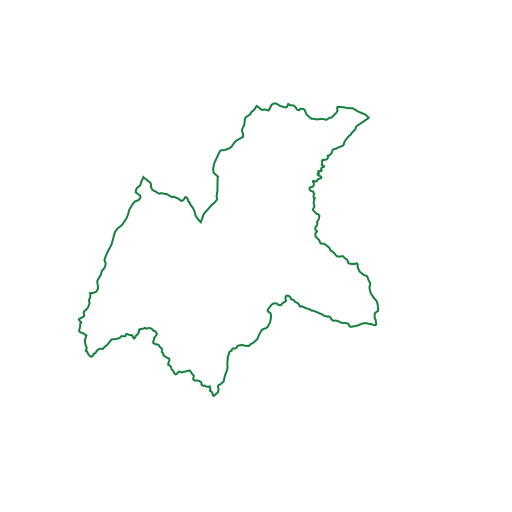 outline of Than To, Yala, Thailand, rotated 306°
{"feature_id": "78962969B74905002065974", "entity_name": "Than To", "entity_type": "district", "adm_level": 2, "iso_a3": "THA", "parent_name": "Thailand", "parent_adm1": "Yala", "projection": "mercator", "projection_center": [101.258, 6.055], "detail": "fine", "context": "isolated", "style": "outline", "palette": "green", "viewbox_px": 512, "rotation_deg": 306, "n_neighbors": 0, "source": "geoboundaries", "source_scale": "gbopen_adm2", "svg_char_len": 6137}
<svg xmlns="http://www.w3.org/2000/svg" viewBox="0 0 512 512"><g transform="rotate(306 256 256)"><path d="M128.4,143.6L126.3,145.5L124.1,146.4L122.3,146.7L119.8,149.2L115.7,150.3L112.8,150.2L110.8,149.6L109.6,149.5L108.8,150.0L106.5,152.3L104.4,151.6L101.3,150.0L100.5,150.0L99.7,152.1L99.6,153.7L97.3,153.8L96.2,154.9L91.6,156.8L91.2,157.3L91.0,159.0L91.7,160.6L92.1,165.5L87.3,167.0L84.2,169.9L82.5,172.7L81.1,173.6L79.4,173.9L79.1,174.5L79.4,175.6L78.2,177.5L77.3,180.7L77.7,182.0L78.7,182.4L79.9,182.7L81.4,182.1L82.6,183.0L86.8,183.1L88.1,183.4L89.9,185.1L91.0,186.8L93.5,186.9L96.6,187.9L103.5,188.2L107.9,192.8L109.7,193.9L112.1,194.2L113.7,196.8L114.4,197.5L116.2,196.8L116.9,197.1L118.0,200.7L119.0,202.1L118.9,203.0L117.5,205.1L117.5,205.8L119.0,206.2L120.5,205.7L124.4,206.4L124.9,206.3L125.3,205.6L127.7,205.4L127.6,204.9L128.2,204.8L131.4,207.9L132.5,208.3L132.9,210.2L134.9,211.7L135.7,213.8L135.7,215.0L135.2,217.2L135.8,218.4L135.8,219.5L134.8,221.5L133.2,221.9L129.7,221.7L128.7,222.6L126.1,223.2L125.3,223.9L125.2,224.8L126.0,227.7L126.7,228.5L126.8,229.6L126.1,230.9L125.7,234.3L123.0,236.3L122.6,238.2L121.2,239.6L121.4,244.1L122.0,246.1L120.8,247.3L118.4,247.9L116.5,248.8L116.3,249.3L116.7,250.4L116.3,252.3L114.7,254.4L114.4,256.5L112.9,259.4L113.0,260.5L113.8,261.1L117.3,261.6L118.1,264.2L124.5,269.7L122.9,274.2L122.6,276.0L121.9,276.5L119.7,277.3L119.2,278.2L119.3,279.7L121.3,282.5L121.7,285.4L121.5,286.2L119.8,287.6L119.7,289.5L120.9,290.3L121.2,292.6L122.1,294.3L123.3,295.2L121.7,297.2L119.9,298.0L120.1,299.8L119.1,301.9L117.9,302.9L118.1,304.1L123.1,305.3L125.7,304.5L127.7,302.3L128.9,301.5L131.5,302.6L135.5,303.6L140.8,301.2L147.2,299.5L149.5,298.2L153.1,295.3L157.1,293.1L158.0,292.2L159.8,292.1L162.3,290.9L163.7,291.1L165.0,292.0L166.3,291.3L167.7,291.7L168.3,293.0L169.5,293.8L170.8,294.3L172.0,293.8L173.4,294.4L174.1,295.5L176.3,297.3L176.4,299.0L178.9,303.0L181.8,303.6L184.4,304.9L188.1,305.7L189.5,305.9L194.1,304.8L198.1,304.2L199.8,304.3L201.1,304.8L203.7,306.6L205.2,307.1L210.7,306.4L216.0,303.8L218.3,301.3L218.2,298.4L218.9,297.3L220.3,297.1L225.8,297.2L228.3,298.3L229.8,300.8L229.7,303.4L230.6,304.8L231.8,305.2L233.3,305.2L237.4,306.7L239.1,304.6L240.5,304.0L241.8,303.9L242.9,305.6L242.9,307.3L242.6,308.5L241.8,309.4L241.7,310.0L242.5,312.2L241.9,314.5L242.4,317.4L242.1,319.0L241.0,321.2L241.2,321.8L242.3,322.5L242.3,323.6L242.9,324.8L242.7,325.9L244.4,330.6L244.5,333.1L245.2,333.9L246.4,338.4L247.1,341.8L247.7,343.5L247.5,345.3L248.7,349.1L250.0,350.4L250.0,352.5L249.1,354.2L249.0,356.5L250.8,358.6L251.7,361.2L251.8,362.7L252.4,364.8L254.2,367.3L255.3,370.1L255.3,370.9L254.1,373.0L254.2,373.9L255.0,375.0L259.5,379.1L262.9,381.1L265.2,383.0L266.6,384.9L267.2,386.8L268.4,388.5L269.5,392.3L270.3,393.3L271.3,393.4L271.8,393.1L274.7,390.3L275.7,388.3L279.3,385.8L280.3,385.9L283.3,387.0L284.7,386.3L285.3,385.5L287.8,383.4L289.9,381.0L290.4,380.0L291.6,375.3L292.9,371.7L293.8,370.0L296.7,366.7L298.4,365.7L300.1,365.2L301.0,364.4L301.7,363.4L302.6,361.3L304.7,358.2L304.9,357.1L304.0,354.2L304.3,349.0L306.6,345.0L308.9,343.2L309.4,342.1L309.3,341.6L307.8,340.8L306.0,338.4L304.6,335.8L304.7,334.6L306.1,332.8L306.5,331.7L306.4,329.6L306.9,326.5L306.5,325.8L304.3,323.6L303.3,321.3L304.3,317.3L304.5,314.3L304.2,312.9L305.3,311.7L305.8,310.1L306.0,304.8L305.4,303.0L304.3,301.5L304.3,300.8L304.9,299.3L305.9,298.0L306.7,293.1L308.3,291.2L310.1,290.7L311.6,291.0L311.9,290.5L312.1,288.7L313.7,287.3L317.0,287.2L318.2,286.7L318.5,286.1L319.8,285.3L322.4,285.2L325.9,283.6L326.3,281.9L325.7,279.8L326.8,274.7L330.4,274.2L332.7,271.5L336.0,269.7L337.3,269.7L337.2,268.2L338.1,267.5L340.5,266.4L340.9,265.3L341.8,264.4L341.1,262.8L340.9,262.0L341.2,260.7L341.9,259.6L343.4,259.4L345.2,261.0L346.5,261.3L348.5,260.5L349.0,259.8L349.4,258.6L350.2,258.1L350.8,258.6L351.4,260.5L352.0,261.2L354.5,260.9L357.0,262.8L357.6,262.9L358.2,262.7L358.5,261.7L357.9,258.9L358.1,257.9L358.4,257.6L359.6,258.3L360.1,258.2L360.4,257.0L361.4,256.6L363.0,258.9L363.8,258.9L364.1,257.9L365.3,257.3L366.1,257.3L368.1,258.5L368.7,257.9L368.3,255.8L368.5,255.5L370.1,255.0L371.8,253.5L372.8,253.4L374.6,255.6L376.6,256.6L378.0,256.3L379.3,255.1L380.5,256.2L381.8,256.5L384.2,256.6L386.3,255.8L387.6,255.8L389.9,257.6L396.6,261.5L397.7,261.5L399.4,260.7L402.8,260.3L407.7,260.7L409.7,261.3L411.9,261.1L416.9,261.9L419.1,261.1L420.6,261.2L433.5,265.9L434.2,265.8L434.7,261.2L432.9,253.6L432.3,247.2L429.4,243.1L428.0,239.8L424.7,234.4L423.9,234.4L421.5,236.5L418.8,236.8L412.6,235.8L410.5,234.1L407.5,232.8L405.9,229.0L401.8,224.4L401.4,222.9L399.6,220.1L400.2,213.7L402.8,209.4L402.9,208.7L402.8,208.0L401.4,205.6L401.0,205.3L399.4,205.3L398.7,204.0L398.6,203.0L399.7,200.5L399.9,198.0L398.2,195.3L397.9,192.7L395.1,193.4L393.5,192.7L391.5,187.1L391.3,182.8L390.1,181.1L388.5,180.1L387.4,179.8L381.2,180.7L379.5,176.6L378.1,175.6L377.4,173.4L377.9,171.3L377.7,168.4L372.8,168.6L370.9,167.9L369.0,167.6L367.4,168.1L362.7,166.3L360.6,166.3L354.9,169.6L351.8,169.9L348.9,171.0L347.5,173.4L346.5,174.3L344.8,175.5L336.9,171.9L329.8,171.9L326.8,170.8L323.0,168.1L320.8,165.4L318.2,165.4L306.9,167.6L301.6,169.9L298.5,172.7L297.8,178.6L296.3,179.3L285.7,186.7L281.5,188.8L278.8,191.3L274.9,191.1L271.2,190.2L259.4,189.0L250.9,191.5L251.5,187.9L253.1,183.5L256.2,179.7L257.8,176.7L259.3,171.9L260.2,171.1L260.4,169.1L261.8,167.6L262.5,165.0L262.0,164.1L258.7,164.4L256.9,163.6L256.6,163.0L256.8,159.9L256.5,158.2L255.7,154.6L254.6,154.0L254.2,153.4L253.6,147.5L251.7,143.8L251.4,142.7L249.5,141.0L249.3,140.3L249.2,136.9L248.6,135.0L248.9,132.6L250.0,130.5L252.3,128.9L253.2,127.2L253.4,126.5L253.1,124.4L253.5,122.1L253.4,119.3L253.6,118.6L249.2,119.4L245.1,120.8L240.6,119.7L239.1,120.1L236.8,121.2L236.8,126.9L234.9,128.4L231.9,128.0L229.3,126.1L225.1,125.7L218.4,126.4L215.0,127.9L210.8,129.0L202.6,129.4L196.6,127.8L192.4,127.8L180.2,132.4L171.0,133.7L165.1,135.2L163.8,135.6L162.0,138.4L159.5,139.9L156.7,140.5L154.1,140.1L152.8,140.2L149.5,141.6L143.7,142.0L142.1,142.5L137.7,146.7L135.8,147.6L133.2,147.7L131.4,146.7L129.8,145.3L128.4,143.6Z" fill="none" stroke="#15803d" stroke-width="2"/></g></svg>